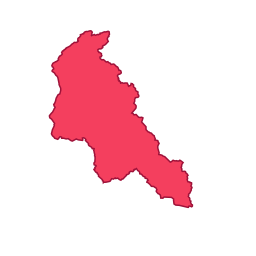 the Autonomous Province of Khanty-Mansiy, rotated 43°
{"feature_id": "RUS-2396", "entity_name": "Khanty-Mansiy", "entity_type": "Autonomous Province", "adm_level": 1, "iso_a3": "RUS", "parent_name": "Russia", "parent_adm1": "", "projection": "mercator", "projection_center": [69.975, 62.153], "detail": "fine", "context": "isolated", "style": "filled", "palette": "rose", "viewbox_px": 256, "rotation_deg": 43, "n_neighbors": 0, "source": "natural_earth", "source_scale": "10m", "svg_char_len": 5768}
<svg xmlns="http://www.w3.org/2000/svg" viewBox="0 0 256 256"><g transform="rotate(43 128 128)"><path d="M31.0,134.9L29.8,134.3L29.6,134.0L29.0,132.1L29.0,131.5L29.6,130.0L29.8,128.9L30.2,128.5L30.5,127.8L30.4,127.0L30.8,125.6L30.7,125.4L29.8,125.0L29.3,123.7L29.0,122.2L29.0,121.8L29.4,121.3L29.4,120.6L29.6,119.4L29.6,119.1L29.2,118.5L28.1,118.2L27.8,117.3L27.6,116.4L27.7,116.1L28.2,115.6L28.2,115.3L27.9,114.3L28.5,112.9L28.1,112.2L28.6,111.5L28.4,111.0L29.1,109.4L29.7,107.4L29.8,104.6L30.2,103.6L30.3,102.0L31.8,100.8L32.3,99.4L32.4,98.5L32.3,98.2L31.5,98.2L30.4,96.8L30.3,95.9L30.7,95.0L30.6,94.2L30.5,92.9L29.6,92.4L29.8,91.7L30.3,91.0L30.6,90.0L31.1,89.6L31.3,89.2L30.8,88.3L30.9,87.3L31.6,85.9L32.6,85.1L33.7,83.2L34.6,82.2L35.8,82.1L36.6,82.4L36.7,82.6L36.7,83.0L36.8,83.2L38.0,84.5L38.1,85.2L38.3,85.3L39.3,83.4L39.5,82.6L40.8,82.5L41.6,81.1L41.8,80.5L42.8,79.9L42.9,79.2L43.5,78.3L42.9,77.7L44.0,76.4L44.7,74.6L45.4,73.5L46.2,73.0L47.5,70.8L48.6,70.5L50.6,72.2L50.9,73.7L51.6,74.1L51.3,75.3L52.1,77.1L54.6,78.2L54.5,79.0L54.6,79.6L54.5,80.4L54.6,81.1L54.5,82.4L54.3,83.3L53.6,84.8L53.6,85.3L53.6,85.6L54.4,85.9L54.6,86.3L54.7,86.8L54.4,87.2L54.5,88.0L54.1,88.8L52.9,89.7L52.9,90.3L52.5,91.2L53.6,92.3L54.7,92.2L55.2,92.6L55.7,92.1L57.8,91.7L58.9,92.8L59.5,92.9L59.8,94.3L59.1,95.1L59.6,95.8L60.6,96.2L62.6,95.9L62.8,95.4L63.5,94.7L67.1,94.6L68.0,93.2L69.2,93.4L71.0,92.7L72.3,93.1L73.5,91.4L74.0,90.9L76.5,90.8L77.6,91.0L78.6,90.5L79.6,90.7L82.0,91.9L82.1,91.6L83.6,91.1L85.1,91.9L85.5,92.4L85.5,93.1L85.2,94.3L84.5,95.2L84.5,95.6L84.5,96.4L84.6,96.9L85.2,97.4L87.3,98.0L87.2,98.6L87.9,98.8L88.1,99.4L89.0,99.1L89.2,99.3L89.4,99.6L89.6,99.3L90.3,99.6L91.1,99.4L92.0,100.2L92.9,98.8L93.6,98.7L94.8,97.8L95.0,97.2L96.7,95.7L98.7,96.4L99.7,97.0L100.1,97.0L100.2,96.2L100.9,95.1L99.9,93.3L101.1,92.6L101.9,92.9L102.7,92.7L103.9,94.1L106.5,94.0L107.2,94.9L108.5,95.3L109.2,95.3L110.2,94.8L110.8,94.9L112.1,96.5L113.5,96.7L114.3,97.5L114.4,98.2L114.3,98.8L112.7,100.8L113.2,101.8L113.3,102.5L113.8,102.9L114.7,103.9L115.4,106.0L117.5,106.0L118.9,106.3L120.1,107.8L120.3,108.4L120.6,114.5L122.0,114.0L123.4,114.3L124.7,112.6L128.4,112.9L129.8,112.0L130.3,111.1L131.8,110.3L132.5,111.1L132.4,111.4L133.1,112.4L133.8,114.2L134.8,114.5L135.3,114.4L140.3,114.8L142.3,116.9L145.4,117.1L146.2,116.6L147.1,116.6L148.7,115.8L150.5,116.1L152.5,115.8L153.1,116.3L155.3,117.3L155.8,118.4L158.2,117.0L158.7,117.0L159.7,117.7L161.2,118.0L162.0,120.7L162.2,121.0L163.5,122.4L167.7,124.9L168.3,126.2L168.6,126.4L169.6,125.7L171.4,124.7L172.5,124.7L174.5,123.9L182.2,124.1L182.4,123.9L182.8,122.5L182.9,121.0L183.2,120.7L184.2,120.4L185.7,119.2L185.8,118.8L186.6,118.5L187.1,117.8L187.7,117.6L187.9,117.1L187.9,116.2L189.3,115.9L191.9,115.7L192.0,116.8L192.3,118.1L192.5,118.4L193.4,119.5L193.6,120.5L195.5,121.3L195.8,122.0L196.9,122.7L197.3,122.7L199.1,120.9L199.8,120.7L200.9,121.4L202.1,121.2L204.2,121.7L204.2,121.9L204.1,122.9L204.2,123.0L206.1,124.3L206.2,124.5L206.2,125.1L206.3,125.3L208.2,126.4L208.4,126.5L210.0,125.4L210.2,125.7L210.5,125.7L211.7,124.8L212.0,124.8L213.1,126.1L213.4,127.1L213.7,127.5L214.3,127.8L215.1,127.7L215.4,127.9L215.7,128.6L215.7,129.4L216.6,130.2L217.7,133.8L217.4,134.8L217.6,135.3L218.4,135.9L218.7,136.9L219.7,137.2L220.4,137.1L221.0,137.3L221.7,137.8L222.2,138.5L223.1,138.9L223.9,138.6L224.6,139.8L226.5,140.6L227.5,140.3L228.3,141.1L228.4,141.6L228.3,142.2L228.2,142.3L226.8,142.7L225.9,143.5L225.9,144.0L226.3,144.8L226.1,145.1L218.2,149.6L215.5,151.8L213.5,152.2L210.7,149.9L209.8,148.8L207.1,149.1L201.6,153.8L201.4,154.2L201.4,155.5L199.8,156.9L197.8,155.3L197.3,155.0L195.1,155.2L194.8,155.5L192.1,155.2L191.7,154.9L191.5,154.5L191.2,153.4L189.0,152.7L188.2,153.1L186.7,153.2L184.9,154.7L182.4,154.3L179.8,154.4L178.8,154.8L178.2,153.9L178.2,153.1L178.4,152.7L177.9,152.5L177.4,152.1L175.8,152.3L175.3,152.8L174.6,153.0L173.7,152.2L172.1,153.0L169.4,152.6L167.9,153.5L167.6,153.3L167.2,152.8L166.3,152.3L165.2,152.2L164.1,152.5L161.8,151.9L161.7,152.2L161.5,153.8L161.0,153.7L160.8,154.0L160.8,155.0L161.3,155.3L161.4,156.1L161.4,156.4L161.1,156.8L159.6,157.7L159.4,158.0L159.2,159.1L159.1,159.6L159.7,159.8L159.9,160.8L159.4,162.2L158.7,163.1L159.2,163.8L159.1,165.8L159.1,168.4L159.0,168.9L158.4,169.4L158.4,171.0L156.8,171.6L154.8,171.6L153.5,173.4L152.7,173.3L152.2,175.3L150.7,176.1L150.7,176.5L151.2,179.0L150.8,179.9L148.8,182.7L147.2,184.3L147.2,184.7L146.1,183.7L145.3,184.0L144.7,183.4L144.1,183.3L139.3,183.4L138.4,182.4L137.5,182.2L136.7,182.4L135.8,181.7L134.8,182.2L134.3,182.2L131.3,181.6L131.2,181.4L131.7,180.3L130.8,179.6L130.6,179.4L130.6,179.1L130.8,178.2L130.5,177.5L130.0,177.3L128.4,178.0L127.4,177.3L126.8,176.3L126.9,175.4L126.8,175.2L126.2,174.6L124.6,172.6L124.0,172.1L123.6,171.4L122.6,171.2L121.8,170.1L120.0,169.0L119.4,168.4L118.2,167.8L117.4,166.2L116.9,166.3L116.1,167.5L115.9,167.5L114.5,166.9L111.5,167.5L110.4,167.2L109.7,166.3L105.6,166.2L105.3,166.1L105.1,165.2L103.3,165.0L102.0,165.6L101.5,166.4L103.1,167.5L103.2,167.8L103.2,168.1L99.8,170.5L98.2,171.2L97.8,171.2L97.6,171.5L96.4,175.0L96.2,175.5L95.0,176.1L92.5,176.5L91.6,176.5L90.2,178.2L88.0,179.3L86.5,180.7L85.7,180.0L84.3,180.6L84.2,181.0L84.4,183.7L84.3,184.2L81.3,185.5L80.4,185.2L78.0,185.2L76.0,184.5L73.9,180.8L72.5,176.5L71.7,176.1L71.5,175.8L71.4,175.0L71.1,174.7L65.9,173.6L64.4,173.9L63.7,173.8L62.3,172.8L62.1,172.4L61.9,169.4L62.0,167.9L61.2,164.9L60.8,164.1L60.8,163.0L60.5,162.5L59.0,162.3L57.5,161.3L57.7,160.7L57.6,160.3L56.7,157.9L55.1,155.1L54.7,153.4L54.2,151.7L54.3,150.9L54.9,149.6L53.1,146.3L51.6,144.8L48.0,143.3L47.7,142.8L42.2,138.9L40.8,138.5L39.2,138.6L36.7,137.9L33.9,138.3L33.3,137.7L33.2,136.2L33.4,135.6L33.4,135.4L31.8,134.6L31.0,134.9Z" fill="#f43f5e" stroke="#9f1239" stroke-width="1.5"/></g></svg>